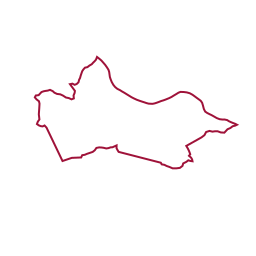 the district of Lajeado, Tocantins, Brazil, rotated 115°
{"feature_id": "56859067B46594073985898", "entity_name": "Lajeado", "entity_type": "district", "adm_level": 2, "iso_a3": "BRA", "parent_name": "Brazil", "parent_adm1": "Tocantins", "projection": "robinson", "projection_center": [-48.308, -9.839], "detail": "fine", "context": "isolated", "style": "outline", "palette": "rose", "viewbox_px": 256, "rotation_deg": 115, "n_neighbors": 0, "source": "geoboundaries", "source_scale": "gbopen_adm2", "svg_char_len": 2159}
<svg xmlns="http://www.w3.org/2000/svg" viewBox="0 0 256 256"><g transform="rotate(115 128 128)"><path d="M162.1,202.0L185.6,173.4L178.8,166.3L174.5,158.0L172.0,158.0L170.5,155.8L168.8,154.3L166.8,152.2L164.6,149.9L162.2,148.7L159.4,148.2L157.8,146.0L157.0,144.1L156.3,141.9L155.7,139.0L154.4,137.1L152.9,135.6L152.0,133.9L148.6,131.0L151.1,129.9L152.4,128.2L153.6,126.4L145.6,83.6L146.7,82.1L146.0,79.5L146.1,76.9L145.8,74.1L145.7,70.5L144.1,67.1L142.2,64.1L139.3,62.6L136.8,63.0L134.0,60.8L131.8,59.7L131.5,57.5L130.9,55.5L129.4,56.6L128.2,58.3L127.4,61.0L125.5,60.5L123.1,62.9L121.3,65.1L119.6,67.6L105.4,57.4L102.2,55.7L98.6,55.5L96.2,52.9L95.6,49.9L94.2,47.8L93.1,45.5L92.8,42.0L91.5,38.7L89.3,38.0L87.1,37.3L84.7,35.2L82.2,33.9L80.5,31.8L79.0,30.6L78.9,32.6L79.1,35.1L79.2,37.4L79.2,39.5L78.9,41.4L79.5,44.1L80.4,45.9L81.3,48.7L81.5,51.8L81.2,55.1L81.0,57.8L81.0,59.7L80.9,62.6L80.5,65.0L78.7,67.3L75.9,69.6L73.8,71.5L72.6,73.6L72.1,76.0L71.6,78.6L71.0,81.5L70.6,83.7L70.4,86.7L70.9,89.8L71.8,92.6L73.1,95.7L74.7,97.2L76.7,98.5L79.5,100.4L81.5,101.7L83.6,103.4L85.1,104.8L86.4,106.0L88.0,107.6L89.5,109.3L91.3,111.0L93.1,112.8L94.4,114.2L95.6,115.8L96.4,117.6L97.2,119.6L97.6,121.8L97.8,123.8L98.1,126.1L98.4,128.6L98.7,132.0L98.7,135.3L98.6,137.8L98.3,140.4L98.0,143.0L97.6,146.4L97.4,149.0L97.1,151.1L97.0,154.3L96.3,157.0L95.1,159.5L93.1,162.3L91.0,164.5L89.4,166.0L87.4,167.3L85.1,168.8L83.5,170.3L82.0,172.6L80.4,175.4L79.1,178.3L78.1,180.6L77.4,183.1L76.7,186.1L79.6,185.9L81.7,186.5L83.5,187.2L85.5,187.8L87.8,189.4L90.0,190.5L91.5,192.5L93.9,193.2L95.9,193.5L97.9,193.3L100.6,193.0L102.9,192.6L104.9,192.7L107.5,192.2L109.8,193.1L111.4,194.6L111.3,197.1L112.8,199.1L116.8,191.8L118.8,191.2L121.5,191.1L124.1,189.6L125.9,191.3L125.9,194.3L126.6,197.1L126.1,200.6L126.1,203.6L127.1,206.7L127.1,209.6L126.4,211.8L126.4,214.8L128.0,216.5L129.3,218.5L130.4,220.0L132.0,221.6L134.2,222.3L136.0,222.9L137.5,225.3L139.6,225.4L140.7,223.0L141.4,220.0L143.3,218.5L147.8,216.7L153.3,214.6L155.4,213.3L157.7,211.9L160.3,212.4L162.9,212.2L163.3,210.0L163.2,207.9L162.6,206.0L161.0,204.7L162.1,202.0Z" fill="none" stroke="#9f1239" stroke-width="2"/></g></svg>